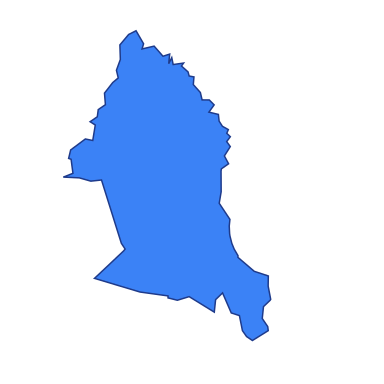 Richland, South Carolina, United States of America (Equal Earth projection), rotated 206°
{"feature_id": "52423323B12098340912267", "entity_name": "Richland", "entity_type": "district", "adm_level": 2, "iso_a3": "USA", "parent_name": "United States of America", "parent_adm1": "South Carolina", "projection": "equal_earth", "projection_center": [-80.92, 34.006], "detail": "fine", "context": "isolated", "style": "filled", "palette": "blue", "viewbox_px": 384, "rotation_deg": 206, "n_neighbors": 0, "source": "geoboundaries", "source_scale": "gbopen_adm2", "svg_char_len": 1310}
<svg xmlns="http://www.w3.org/2000/svg" viewBox="0 0 384 384"><g transform="rotate(206 192 192)"><path d="M241.8,71.6L215.0,76.0L194.9,79.3L168.0,88.1L167.1,86.3L157.7,88.3L148.7,96.7L119.3,93.8L123.6,105.6L120.3,114.7L103.7,100.5L95.2,101.7L85.9,89.5L79.6,86.0L72.6,85.0L62.7,100.8L64.9,104.2L73.4,109.1L77.5,120.3L74.3,129.0L74.2,130.0L82.3,140.8L86.6,150.0L101.3,148.0L117.5,152.2L122.1,153.4L122.7,154.9L129.1,159.2L133.7,163.3L138.6,169.1L139.9,171.0L143.6,177.7L145.9,184.0L162.6,193.8L165.9,205.0L175.1,223.6L175.7,225.6L175.7,225.8L171.5,233.4L178.7,238.6L177.5,249.6L182.9,252.5L181.8,258.5L186.5,260.0L186.7,264.0L193.5,264.4L198.7,267.6L202.3,273.3L211.8,271.2L210.3,280.0L216.8,282.3L223.3,279.2L228.1,285.1L237.9,289.1L240.7,296.3L245.4,295.0L248.2,298.2L256.7,300.6L256.1,304.2L264.8,298.3L269.1,303.9L269.2,297.1L272.5,306.2L277.6,301.3L290.0,306.5L299.6,298.7L300.5,304.0L313.0,312.4L318.0,305.8L321.3,292.6L314.5,279.7L313.3,268.3L308.3,262.2L311.2,255.7L314.0,242.5L308.1,232.5L312.4,225.0L310.1,218.1L314.4,210.5L308.3,209.8L303.8,194.8L311.1,192.9L319.5,176.6L317.6,168.1L315.0,168.4L307.2,156.6L314.2,149.0L299.5,155.3L287.7,157.4L278.6,163.1L259.2,142.6L243.8,126.3L233.0,114.9L227.1,111.4L227.6,109.2L236.6,85.3L241.8,71.6Z" fill="#3b82f6" stroke="#1e3a8a" stroke-width="1.5"/></g></svg>